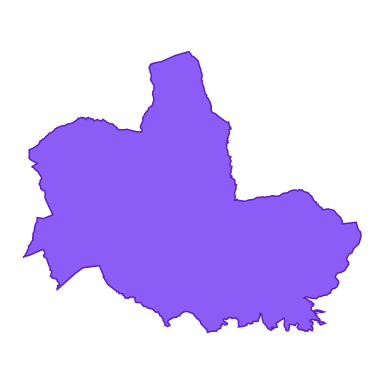 Plopu, Prahova, Romania (Natural Earth projection)
{"feature_id": "2599482B39096180875647", "entity_name": "Plopu", "entity_type": "district", "adm_level": 2, "iso_a3": "ROU", "parent_name": "Romania", "parent_adm1": "Prahova", "projection": "natural_earth1", "projection_center": [26.161, 45.031], "detail": "fine", "context": "isolated", "style": "filled", "palette": "violet", "viewbox_px": 384, "rotation_deg": 0, "n_neighbors": 0, "source": "geoboundaries", "source_scale": "gbopen_adm2", "svg_char_len": 5991}
<svg xmlns="http://www.w3.org/2000/svg" viewBox="0 0 384 384"><path d="M330.3,293.1L332.0,289.1L335.1,288.2L337.1,286.6L337.9,284.9L338.6,282.7L338.5,281.0L335.1,277.0L336.6,274.1L338.0,272.9L340.9,272.5L344.7,270.4L348.8,264.2L348.4,261.8L346.6,259.9L347.4,256.9L349.0,254.3L352.1,252.6L353.5,248.8L358.9,243.8L360.9,237.0L361.0,234.0L360.3,231.7L358.1,229.3L356.2,222.3L342.4,223.9L342.2,220.8L340.6,217.6L336.1,213.2L334.0,210.4L328.1,208.9L323.4,209.7L322.5,209.4L321.8,208.0L318.5,205.8L318.1,204.5L316.4,203.7L316.4,202.3L314.1,201.0L311.6,196.1L309.8,194.9L307.8,192.5L305.3,192.1L303.0,190.8L302.3,189.9L301.3,190.6L299.4,189.5L297.2,190.8L295.8,190.0L292.6,190.2L288.8,191.7L287.7,192.8L283.5,193.2L279.1,196.0L276.0,196.3L272.1,195.6L270.1,196.5L266.2,196.8L264.7,197.6L262.4,196.8L259.8,197.4L256.8,197.4L253.6,199.4L248.3,200.1L245.3,201.3L238.3,200.4L237.0,199.2L235.7,200.4L234.6,200.3L235.3,196.8L234.7,194.6L234.7,191.8L235.9,189.2L236.0,186.0L236.5,184.6L235.0,184.5L234.9,180.3L232.3,178.0L230.5,177.3L231.9,176.1L229.8,174.4L231.2,172.1L230.8,170.4L231.5,169.6L231.6,167.3L232.0,166.7L230.6,165.9L229.7,164.1L230.7,162.4L231.0,160.6L230.1,159.6L230.0,158.9L230.9,156.9L229.5,156.5L228.0,154.8L227.8,151.2L226.4,147.7L226.8,144.9L226.3,144.0L228.3,142.4L227.0,141.4L227.9,140.4L227.0,139.2L228.2,137.8L227.6,137.1L229.5,133.7L229.0,129.8L230.8,129.2L231.0,128.1L229.6,127.5L230.0,126.4L228.9,124.3L228.8,122.2L226.8,122.2L225.4,121.4L218.2,116.3L216.1,114.2L214.4,113.1L212.9,112.9L211.2,111.0L211.3,106.6L210.7,104.0L210.1,103.5L210.1,101.8L208.8,100.4L208.6,98.8L207.5,98.3L206.7,96.7L206.7,95.0L204.9,93.4L205.0,92.2L204.2,90.1L204.1,88.0L202.5,84.1L202.0,81.8L202.3,80.8L201.6,80.2L201.5,78.6L202.1,76.9L201.9,73.5L201.0,71.9L200.7,69.0L199.7,67.1L198.2,61.1L194.3,57.2L192.1,56.1L188.9,51.6L175.3,55.5L161.5,61.6L153.8,63.1L150.4,64.4L150.4,65.9L149.4,66.4L149.1,68.3L150.2,70.1L150.0,71.8L151.2,74.1L151.2,77.3L150.5,79.8L154.0,85.5L153.9,89.5L152.7,92.0L152.8,94.9L153.8,98.5L153.8,100.2L152.1,105.6L148.6,108.0L148.5,109.5L144.9,113.6L144.3,115.3L143.0,117.3L142.6,118.6L143.0,120.6L140.3,126.7L140.6,128.0L142.1,129.7L141.9,131.7L137.1,131.9L126.8,129.3L123.6,129.8L119.2,129.7L117.1,128.7L116.9,127.4L113.3,125.2L113.1,124.1L108.6,123.4L108.0,122.6L106.8,122.5L105.8,121.1L104.7,120.8L103.3,119.4L102.7,119.4L102.2,120.3L101.0,121.1L97.2,119.5L94.2,120.9L92.7,118.9L91.3,119.4L90.9,118.4L89.5,118.4L88.5,117.4L86.6,118.2L86.1,119.4L84.2,117.7L82.9,118.2L82.0,117.4L81.4,117.4L79.2,118.5L78.5,118.1L76.6,120.2L72.1,123.2L66.5,124.3L65.0,125.7L61.9,125.8L57.2,127.7L54.7,129.3L53.6,131.2L48.8,133.7L47.6,135.3L45.8,136.5L44.4,138.6L42.6,139.2L41.4,140.6L40.0,141.0L39.9,142.2L38.4,144.6L32.5,148.6L29.2,149.7L29.1,152.8L29.5,153.7L29.0,158.0L30.4,159.7L37.3,163.5L32.1,166.5L32.1,166.9L34.3,168.0L35.0,169.4L38.3,172.0L39.5,174.5L41.0,176.2L41.6,179.0L40.1,180.6L40.2,182.3L39.1,183.9L40.5,186.2L40.7,188.8L42.1,188.8L42.4,190.3L44.7,191.0L45.3,194.5L44.9,197.2L45.5,199.3L52.8,214.8L43.6,218.5L37.2,217.6L37.0,221.9L35.5,224.2L34.4,228.4L34.4,231.0L33.1,233.4L32.7,240.3L31.3,242.0L30.6,244.1L28.6,245.9L28.5,248.6L25.6,254.7L23.0,257.6L25.3,256.3L29.1,255.4L42.9,249.4L44.8,252.2L44.5,254.1L43.5,255.3L43.8,256.7L46.5,258.2L48.9,265.4L50.1,266.9L50.0,269.9L51.6,271.1L51.5,272.9L50.4,276.4L51.7,276.9L52.2,278.0L56.7,279.1L57.3,281.2L58.7,282.7L59.5,284.5L59.0,285.2L57.6,285.5L57.9,286.7L57.0,288.7L57.2,289.6L74.7,273.9L82.2,268.3L83.6,267.7L99.4,265.7L104.0,276.6L103.3,276.8L107.6,284.0L109.0,285.4L116.7,291.2L116.7,291.7L118.1,291.8L118.9,292.5L119.0,293.5L123.0,293.8L122.7,295.0L124.2,296.0L125.1,298.0L128.3,298.4L129.9,297.3L132.2,296.9L133.2,297.5L134.9,297.6L135.0,300.8L135.9,302.3L137.6,302.7L140.2,302.4L141.0,302.9L142.0,304.7L143.7,306.4L146.2,306.6L147.9,308.2L152.4,308.9L155.6,312.2L158.3,312.0L158.7,313.4L159.8,314.5L159.8,315.6L161.7,316.7L162.4,318.5L163.4,319.3L163.2,320.6L165.3,323.8L164.5,325.7L165.2,325.1L167.5,326.5L169.9,325.5L169.2,323.9L167.7,322.5L168.0,321.0L168.5,320.3L173.4,317.6L176.8,317.2L178.3,316.0L179.6,315.7L182.2,312.6L185.3,311.5L187.8,311.6L192.9,313.5L196.7,318.2L200.1,321.1L201.0,323.8L207.1,330.0L207.1,331.7L207.6,332.4L211.0,331.2L216.7,331.1L217.4,329.5L220.5,328.4L221.0,326.5L220.5,325.6L221.7,325.5L222.2,323.6L225.1,325.0L226.6,324.7L227.4,324.0L227.2,323.1L223.5,320.9L223.5,319.2L224.5,318.6L225.9,319.5L227.7,318.9L228.0,317.8L229.9,317.3L232.1,318.5L235.5,317.9L238.3,320.2L238.5,324.5L238.9,325.3L238.3,326.9L242.9,326.5L246.8,325.3L246.9,323.6L248.6,323.2L250.6,324.1L252.3,323.4L252.8,323.1L252.9,321.4L255.2,321.3L255.8,321.7L258.4,321.0L258.9,318.5L260.3,315.9L259.7,314.0L260.6,313.3L262.2,315.6L262.1,318.1L263.0,321.7L263.6,322.9L266.3,325.8L267.9,328.5L271.1,330.3L272.3,329.2L271.4,327.4L272.7,327.0L273.1,328.8L275.3,327.3L277.3,327.1L276.2,323.3L283.9,318.2L284.8,321.0L284.3,322.7L284.2,325.9L285.5,328.1L285.9,330.2L286.7,330.7L288.0,330.9L288.6,330.4L289.4,327.2L289.2,324.5L292.6,324.6L294.8,325.6L295.4,325.4L296.2,323.7L297.2,323.1L298.6,324.5L297.1,327.3L299.3,329.8L300.7,329.3L302.4,330.3L303.7,330.2L305.5,331.4L306.0,330.8L308.0,331.1L308.2,329.6L309.3,329.1L312.1,330.8L312.9,328.4L312.3,327.0L311.1,326.4L312.6,324.6L313.0,323.1L312.0,321.3L310.3,321.8L310.7,320.8L310.2,320.1L312.5,319.2L315.1,320.3L315.7,319.5L316.3,319.5L316.4,320.5L319.0,320.6L318.1,322.4L319.3,323.0L320.1,324.5L320.8,324.9L325.2,323.2L323.4,322.1L321.1,321.8L320.1,321.0L319.7,319.1L318.4,318.2L317.2,316.3L315.5,315.1L315.3,314.3L316.5,313.9L315.2,313.6L314.5,312.5L317.2,311.5L321.7,312.6L324.1,311.9L319.5,310.4L316.6,309.9L314.2,310.6L314.2,311.2L312.9,311.2L311.3,309.8L311.1,308.3L311.3,307.0L313.1,305.8L313.8,305.0L313.8,304.0L312.1,304.0L312.9,303.3L310.5,301.0L309.5,301.1L309.3,301.6L307.6,299.3L304.1,297.9L305.7,297.0L307.2,296.9L311.0,298.2L316.6,298.6L318.8,296.5L321.0,296.5L323.3,295.4L327.0,295.0L329.2,293.3L330.3,293.1Z" fill="#8b5cf6" stroke="#5b21b6" stroke-width="1.5"/></svg>